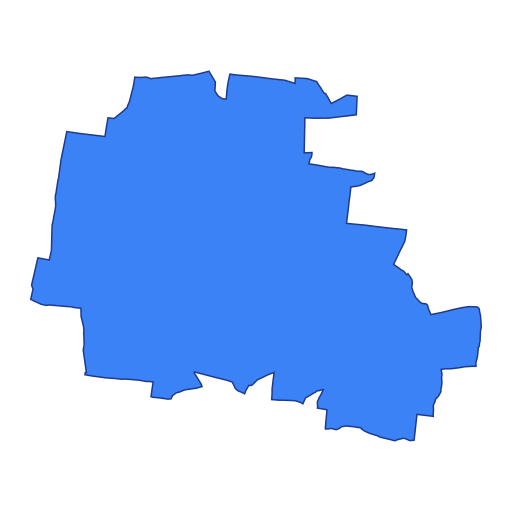 the district of Sucilá, Yucatán, Mexico
{"feature_id": "50627088B76826133075245", "entity_name": "Sucilá", "entity_type": "district", "adm_level": 2, "iso_a3": "MEX", "parent_name": "Mexico", "parent_adm1": "Yucatán", "projection": "orthographic", "projection_center": [-88.347, 21.211], "detail": "fine", "context": "isolated", "style": "filled", "palette": "blue", "viewbox_px": 512, "rotation_deg": 0, "n_neighbors": 0, "source": "geoboundaries", "source_scale": "gbopen_adm2", "svg_char_len": 5195}
<svg xmlns="http://www.w3.org/2000/svg" viewBox="0 0 512 512"><path d="M58.2,178.9L58.1,179.6L57.7,182.0L57.1,185.7L56.8,188.0L56.4,190.1L56.2,192.3L55.7,194.1L55.5,195.4L55.3,196.5L55.3,197.1L55.4,199.4L55.5,201.8L55.7,205.6L55.6,206.7L55.3,208.2L55.2,209.5L54.6,212.1L54.4,213.9L53.8,216.1L53.6,217.2L53.6,218.0L53.1,220.9L52.1,225.2L51.4,250.7L49.2,260.0L37.9,257.8L31.6,285.0L33.0,289.3L31.9,294.0L30.7,299.4L41.2,304.3L45.7,305.3L49.5,305.0L66.5,306.5L70.1,306.7L72.4,307.0L73.1,307.4L80.2,308.2L80.3,308.2L80.9,308.2L81.0,311.8L81.1,316.6L83.4,325.9L83.6,327.1L83.9,331.0L83.6,334.2L83.7,334.4L83.9,334.7L84.1,345.2L83.3,349.7L83.2,350.0L86.4,372.6L85.3,372.5L84.9,374.7L92.1,376.0L105.6,377.8L114.9,378.5L116.2,378.6L122.0,379.3L123.7,379.0L127.4,379.2L137.9,380.1L138.4,380.1L146.6,381.5L148.7,381.5L153.1,381.9L151.6,392.4L151.0,396.7L152.9,397.3L156.8,397.6L162.2,398.3L167.9,399.1L171.0,398.9L172.5,395.6L176.5,392.7L179.3,392.1L184.6,389.9L196.8,388.1L202.0,386.6L201.2,384.1L194.1,372.7L194.7,372.0L195.7,372.3L207.0,375.2L214.9,377.3L226.3,380.1L231.6,381.8L232.2,382.2L232.4,382.3L234.3,386.2L235.1,388.2L236.3,389.5L238.3,391.0L241.5,392.2L244.6,393.8L245.7,390.9L245.9,390.3L247.4,388.0L248.8,385.4L251.1,385.5L252.2,385.0L256.3,380.9L257.0,380.0L259.6,378.8L263.0,377.2L267.6,374.9L272.0,373.2L274.1,372.5L272.9,382.1L272.1,388.8L272.1,392.8L271.7,399.6L279.3,400.2L282.9,400.2L293.5,400.6L295.6,400.8L300.7,402.5L302.9,403.8L305.5,397.9L308.6,396.2L313.8,393.0L315.6,392.2L317.3,390.7L319.1,390.7L321.6,389.8L323.3,389.7L322.6,391.1L321.6,393.3L320.2,395.9L319.0,397.9L318.2,400.0L317.4,401.6L317.4,403.6L317.4,405.3L317.7,405.7L317.4,408.1L322.3,408.9L327.0,409.8L325.9,421.4L325.3,428.4L325.5,429.1L328.8,428.8L331.5,428.5L336.3,429.7L337.9,429.0L339.1,428.6L340.6,427.4L342.0,426.6L342.6,426.5L343.9,426.4L345.2,426.1L346.4,426.0L355.1,426.9L355.9,427.1L357.5,427.5L358.8,427.5L361.1,427.9L361.3,428.8L364.5,431.0L369.2,433.2L372.8,434.4L374.9,435.0L377.2,435.7L379.7,437.0L381.2,437.4L385.4,438.4L389.8,439.5L390.9,439.6L391.7,440.0L392.8,440.3L395.2,440.7L397.4,439.7L399.1,439.2L400.6,439.0L401.5,438.7L403.3,438.3L404.4,438.4L405.3,438.7L407.3,439.5L408.8,440.2L409.7,440.5L410.8,440.6L412.6,440.3L413.4,440.3L414.1,440.2L414.4,437.6L416.3,420.4L417.0,414.4L433.1,416.3L433.3,416.4L433.1,415.1L433.3,412.9L433.4,411.7L433.5,409.4L433.4,407.5L433.2,405.5L433.6,405.0L433.8,404.0L434.7,402.4L435.3,400.6L435.6,399.0L436.0,398.7L437.6,397.1L438.5,396.1L441.0,391.5L440.8,389.5L441.5,386.5L441.8,384.2L441.9,381.3L441.6,378.7L441.7,376.8L441.9,375.3L442.0,374.3L441.5,371.5L441.2,369.4L445.3,368.8L450.4,368.8L453.6,368.5L456.2,368.1L458.1,367.9L465.1,366.7L467.6,366.6L472.5,366.3L476.0,366.3L475.9,362.5L476.9,358.9L477.2,357.6L477.6,355.3L478.1,350.0L478.3,348.5L478.1,347.5L478.9,347.0L479.4,345.2L479.4,343.6L479.7,342.4L480.0,341.3L480.1,339.6L480.5,331.1L481.3,326.8L481.0,322.5L480.5,315.9L479.5,310.8L479.2,308.8L477.8,307.2L476.3,306.8L473.8,306.8L468.8,306.6L463.7,307.4L461.7,307.7L453.3,309.5L448.4,310.8L441.4,312.5L430.8,314.6L429.5,311.1L428.9,310.1L427.5,305.3L426.7,304.2L425.5,303.8L424.7,303.7L422.8,303.5L420.9,302.8L419.9,302.0L415.6,297.4L413.2,291.9L411.7,287.5L412.2,284.1L412.4,282.9L411.8,279.4L410.2,277.0L408.0,273.7L406.9,274.9L403.6,271.1L402.4,270.4L401.6,270.3L399.4,268.4L394.5,265.0L393.6,264.3L394.2,263.1L395.3,260.8L397.0,257.3L397.6,256.0L398.9,253.3L399.1,252.7L400.7,249.5L401.4,248.2L402.3,246.5L403.3,244.3L404.8,241.2L405.0,240.0L405.8,236.1L406.6,229.9L399.6,229.1L393.0,228.5L373.3,226.2L365.9,225.2L361.5,224.8L352.9,224.0L346.5,223.3L347.9,212.2L349.3,199.7L349.7,197.1L350.9,186.9L355.8,186.4L358.2,185.9L360.5,185.3L362.7,184.3L365.4,183.1L367.3,182.1L369.1,181.4L370.8,180.9L372.1,180.2L373.0,178.8L374.0,177.6L374.7,173.2L372.6,174.0L370.6,174.5L368.8,174.5L367.7,174.3L366.9,173.9L365.5,173.2L364.5,172.7L363.3,171.9L361.1,171.2L357.7,171.2L355.8,171.0L353.5,170.4L351.6,170.3L349.1,169.8L347.1,169.5L345.3,169.1L343.4,169.0L341.9,168.5L339.2,167.9L337.4,167.8L335.5,167.5L334.0,167.4L332.0,167.2L330.3,167.4L326.4,166.8L319.0,165.4L318.3,165.3L309.0,163.8L309.1,162.8L309.4,162.0L309.8,159.5L310.9,157.8L311.4,157.1L311.9,154.4L312.0,152.5L304.2,152.9L304.9,117.8L314.7,118.2L328.7,118.1L356.3,114.8L357.1,96.3L346.9,95.1L340.3,98.8L339.4,99.3L331.2,103.5L328.0,97.6L325.6,93.6L323.9,93.0L322.2,90.2L320.8,87.9L319.4,85.9L318.6,84.9L316.7,81.6L307.2,78.6L304.8,78.4L295.2,77.9L295.1,83.4L284.7,80.2L273.1,79.0L260.3,77.3L259.6,77.2L250.1,76.1L235.6,74.9L230.5,74.2L229.9,74.1L228.2,81.8L227.6,85.4L227.0,89.8L226.2,99.1L223.5,98.9L221.1,98.0L217.8,95.6L214.9,91.0L215.4,82.1L209.0,71.3L208.7,71.3L204.9,72.3L203.1,72.8L192.4,75.3L189.8,75.0L186.6,74.9L185.3,75.1L176.1,76.1L161.3,77.5L158.1,77.9L151.9,78.5L151.1,78.6L150.1,78.5L147.7,77.4L145.6,77.1L141.8,77.4L139.9,77.4L138.9,77.4L135.7,77.3L134.8,77.1L133.9,83.0L133.2,86.7L133.1,87.3L130.8,96.0L130.5,97.5L129.6,101.0L128.6,103.5L127.6,105.7L127.2,107.5L126.7,107.9L125.2,109.1L124.3,110.2L114.1,118.5L108.0,117.8L105.9,130.1L105.0,136.5L80.0,133.5L66.8,131.6L61.0,159.8L58.6,177.8L58.5,178.6L58.2,178.9Z" fill="#3b82f6" stroke="#1e3a8a" stroke-width="1.5"/></svg>